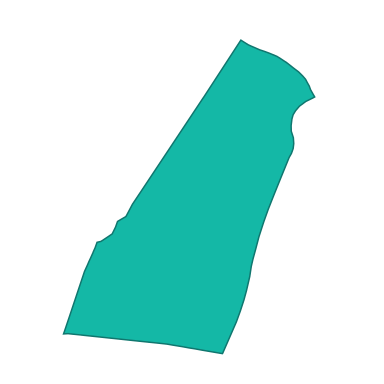 the district of Al Mutun, Al Jawf, Yemen, rotated 7°
{"feature_id": "15242507B16554732287122", "entity_name": "Al Mutun", "entity_type": "district", "adm_level": 2, "iso_a3": "YEM", "parent_name": "Yemen", "parent_adm1": "Al Jawf", "projection": "natural_earth1", "projection_center": [44.619, 16.313], "detail": "fine", "context": "isolated", "style": "filled", "palette": "teal", "viewbox_px": 384, "rotation_deg": 7, "n_neighbors": 0, "source": "geoboundaries", "source_scale": "gbopen_adm2", "svg_char_len": 1222}
<svg xmlns="http://www.w3.org/2000/svg" viewBox="0 0 384 384"><g transform="rotate(7 192 192)"><path d="M191.7,97.1L190.9,98.7L140.6,199.1L134.4,211.4L129.9,223.2L129.3,224.5L124.4,228.2L121.7,230.3L120.4,236.1L117.9,243.3L116.2,244.8L113.7,247.0L107.7,252.1L103.9,253.5L102.6,259.3L101.3,263.4L101.3,263.7L99.1,270.8L98.2,273.5L97.2,277.0L95.3,283.0L95.0,283.9L94.5,286.4L90.2,307.5L85.5,330.7L82.2,346.7L81.8,348.5L86.2,347.7L138.8,346.8L157.5,346.5L177.8,346.1L178.9,346.1L185.7,346.0L191.4,346.3L201.4,346.7L208.0,347.1L213.9,347.3L222.5,347.8L241.9,348.7L242.1,348.3L247.2,331.2L251.9,315.4L254.5,304.1L256.7,292.8L258.1,283.2L259.6,269.1L259.9,258.6L260.7,251.1L262.1,241.5L263.9,228.2L266.8,213.2L267.3,210.9L269.8,199.8L273.8,184.4L278.5,166.9L284.2,145.9L286.0,141.6L287.1,136.6L287.1,131.6L286.0,125.8L283.1,119.5L282.3,114.1L282.3,107.4L282.8,104.0L283.0,102.9L284.9,98.7L288.2,93.7L294.0,88.2L300.3,84.1L302.2,82.7L300.3,80.2L297.2,76.0L295.5,72.6L293.0,69.2L291.0,66.3L287.8,63.4L283.3,59.9L277.3,56.4L270.6,52.3L264.0,49.0L259.7,47.0L251.8,44.8L246.7,43.6L241.7,42.6L235.4,40.7L233.3,40.1L229.8,39.0L224.9,36.7L222.0,35.3L192.0,96.6L191.7,97.1Z" fill="#14b8a6" stroke="#0f766e" stroke-width="1.5"/></g></svg>